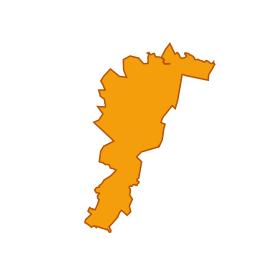 the district of Bacanora, Sonora, Mexico, rotated 34°
{"feature_id": "50627088B51830177095427", "entity_name": "Bacanora", "entity_type": "district", "adm_level": 2, "iso_a3": "MEX", "parent_name": "Mexico", "parent_adm1": "Sonora", "projection": "albers", "projection_center": [-109.363, 28.864], "detail": "fine", "context": "isolated", "style": "filled", "palette": "amber", "viewbox_px": 256, "rotation_deg": 34, "n_neighbors": 0, "source": "geoboundaries", "source_scale": "gbopen_adm2", "svg_char_len": 4649}
<svg xmlns="http://www.w3.org/2000/svg" viewBox="0 0 256 256"><g transform="rotate(34 128 128)"><path d="M162.9,26.3L162.6,26.2L162.4,26.0L161.9,25.2L161.7,26.8L161.6,27.3L161.6,27.5L161.4,27.7L161.3,27.8L161.1,28.0L160.9,28.0L160.6,28.1L160.4,28.2L159.9,28.2L159.0,28.2L158.6,28.1L158.1,27.9L157.8,27.9L157.6,27.9L157.3,28.1L157.0,28.2L156.6,28.2L156.2,28.1L155.9,28.1L155.5,28.1L155.3,28.2L155.1,28.4L154.9,28.8L154.8,29.3L154.9,29.9L154.8,30.3L154.7,30.4L154.3,30.5L154.1,30.7L154.0,30.8L153.8,30.9L153.7,30.9L153.5,31.0L153.2,30.9L152.8,30.8L152.6,30.8L152.0,31.0L151.2,31.2L150.4,31.5L149.8,31.7L149.1,31.8L148.2,31.8L147.8,31.9L147.5,32.1L147.2,32.4L146.9,32.7L146.5,33.0L146.1,33.3L145.9,33.4L145.4,33.5L145.2,33.9L145.0,34.0L144.8,33.9L144.6,33.6L144.4,33.4L144.2,33.1L144.0,32.8L143.7,32.7L143.0,32.6L142.6,32.5L142.3,32.4L141.8,32.3L141.6,32.3L140.4,32.2L139.5,32.4L138.7,32.7L138.2,32.8L137.6,32.6L136.9,32.4L136.2,32.6L135.6,32.8L135.2,32.9L134.9,33.1L134.5,33.2L134.1,33.4L133.6,33.6L133.4,33.8L133.3,34.0L133.3,34.3L133.4,34.6L133.6,34.9L134.4,35.0L134.9,35.2L135.3,35.3L135.8,35.3L136.2,35.6L136.3,36.0L136.2,36.5L136.1,36.8L136.1,37.2L135.8,37.8L135.6,38.2L135.4,38.4L135.1,38.7L134.9,38.9L134.4,39.4L133.9,40.0L133.4,40.1L132.7,40.2L132.1,40.3L131.5,40.1L131.2,40.0L130.9,39.8L130.7,39.5L130.5,39.3L130.2,39.1L129.8,38.8L129.3,38.6L128.7,38.3L128.2,38.1L127.2,37.9L126.8,37.9L126.6,38.1L126.5,38.4L126.3,38.8L126.2,39.3L126.1,39.5L125.9,39.9L125.7,40.0L125.6,40.4L124.9,40.0L115.5,34.6L115.2,40.6L115.1,41.8L116.2,50.8L117.2,50.8L118.5,50.8L119.4,50.9L119.8,51.0L120.0,51.2L120.2,51.4L120.2,51.6L120.2,51.8L120.2,52.0L120.2,52.3L120.1,52.6L120.1,52.8L120.1,53.1L120.2,53.3L120.4,53.5L120.7,53.7L121.4,53.9L122.3,54.0L123.0,53.8L123.6,53.5L124.3,52.9L125.0,52.4L125.9,51.8L126.5,51.3L126.7,51.6L126.1,52.0L125.3,52.7L124.2,53.5L123.8,53.9L123.1,54.2L122.4,54.3L121.3,54.3L120.8,54.1L120.4,53.9L120.2,53.7L119.9,53.3L119.9,53.0L119.8,52.1L119.7,51.5L119.5,51.4L119.3,51.3L119.0,51.2L118.8,51.2L118.2,51.2L117.1,51.1L116.1,51.1L114.8,51.5L113.8,51.9L113.2,52.2L112.7,52.6L112.4,52.9L112.1,53.1L111.8,53.3L111.5,53.4L111.3,53.4L110.8,53.3L110.3,53.1L109.6,52.7L109.3,52.4L109.0,52.2L108.6,51.8L108.4,51.6L108.1,51.5L107.9,51.6L107.7,51.8L107.3,52.2L107.1,52.4L107.0,52.6L106.9,52.8L106.8,53.1L106.7,53.5L106.6,53.8L106.4,54.1L106.2,54.2L105.9,54.3L105.4,54.4L104.9,54.4L104.5,54.2L104.0,54.0L103.8,53.9L103.5,53.8L103.0,53.8L102.2,55.1L103.4,55.0L104.1,55.6L105.1,58.5L107.5,61.4L107.7,62.5L108.5,63.3L105.0,66.0L97.6,64.1L89.5,67.1L85.9,73.9L91.7,82.1L95.4,84.7L95.5,84.7L98.5,86.8L92.0,90.0L80.4,88.9L78.9,98.8L79.1,102.6L79.2,104.3L83.1,106.2L87.8,109.3L82.5,112.9L87.3,117.1L92.2,117.3L93.1,118.2L94.7,120.1L96.1,121.0L97.3,123.4L90.8,127.2L99.3,130.3L99.4,137.8L96.4,142.4L123.6,146.7L118.1,156.7L118.3,162.5L119.3,164.4L122.9,171.9L123.2,172.0L123.7,171.9L126.2,170.9L129.8,171.0L131.0,169.9L133.0,169.2L135.9,171.0L138.4,170.0L141.8,169.5L140.4,177.5L137.3,184.4L137.4,188.7L136.3,192.1L137.3,193.0L135.2,195.0L135.0,198.1L138.0,199.5L140.1,198.0L141.1,198.5L140.6,199.5L140.7,201.6L142.2,203.2L143.4,203.5L144.1,203.5L145.4,208.2L145.5,208.5L146.5,214.0L144.2,214.7L144.3,215.3L140.7,215.4L141.3,219.3L145.8,219.9L145.3,222.1L144.1,227.7L145.1,230.5L146.3,230.4L146.8,230.4L150.1,230.3L153.2,230.8L153.6,229.3L155.0,227.8L157.4,228.4L157.3,227.0L165.4,224.7L167.2,224.2L167.4,223.6L168.0,223.6L170.2,224.8L171.7,224.2L171.3,222.6L167.6,220.6L168.2,216.2L169.3,207.7L168.2,202.7L168.3,202.5L168.5,199.9L174.0,200.5L176.0,200.9L177.1,196.0L172.8,192.0L172.6,190.8L172.6,190.5L171.4,184.5L166.9,182.6L166.6,182.0L166.1,180.8L165.7,179.9L165.3,179.2L164.9,178.5L164.5,177.8L163.6,177.1L162.5,177.0L162.3,176.3L161.9,175.9L162.2,175.0L162.8,174.6L163.3,174.4L163.8,174.2L163.8,172.7L164.3,172.3L165.3,170.8L166.6,171.1L167.5,170.7L167.4,170.2L167.3,169.6L167.2,169.1L167.2,168.9L167.2,168.7L167.3,168.4L167.5,167.9L167.6,167.6L167.6,167.4L167.6,167.2L167.4,166.6L165.9,166.4L165.2,166.8L164.1,165.5L164.5,164.4L164.9,163.7L158.2,148.4L151.3,147.2L152.4,140.4L163.8,126.7L164.0,126.7L163.5,125.5L164.1,125.4L162.9,118.5L161.6,115.9L159.8,112.2L158.5,109.5L157.9,108.2L156.6,104.1L156.3,104.1L155.2,104.4L152.1,105.0L151.3,101.1L151.2,101.1L151.0,99.4L152.1,84.8L156.3,85.5L153.8,77.8L153.7,77.4L153.4,76.6L153.3,76.4L143.1,53.6L143.8,52.9L146.8,52.1L167.8,43.5L167.6,43.2L165.0,38.6L165.0,37.3L164.7,30.0L164.4,29.7L164.3,28.4L164.3,28.2L164.3,27.9L164.2,27.6L164.2,27.4L164.4,27.2L164.4,26.8L164.3,26.7L164.0,26.6L163.8,26.6L163.6,26.6L163.3,26.5L163.1,26.3L162.9,26.3Z" fill="#f59e0b" stroke="#b45309" stroke-width="1.5"/></g></svg>